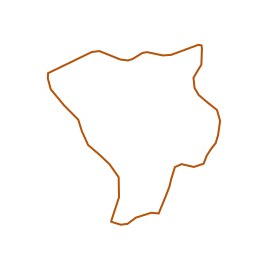 outline of Manufahi, rotated 192°
{"feature_id": "TLS-551", "entity_name": "Manufahi", "entity_type": "District", "adm_level": 1, "iso_a3": "TLS", "parent_name": "East Timor", "parent_adm1": "", "projection": "robinson", "projection_center": [125.762, -8.972], "detail": "fine", "context": "isolated", "style": "outline", "palette": "amber", "viewbox_px": 256, "rotation_deg": 192, "n_neighbors": 0, "source": "natural_earth", "source_scale": "10m", "svg_char_len": 737}
<svg xmlns="http://www.w3.org/2000/svg" viewBox="0 0 256 256"><g transform="rotate(192 128 128)"><path d="M217.6,165.0L179.2,194.8L172.1,197.3L149.6,193.4L142.0,194.1L137.7,196.6L129.4,204.5L124.9,206.2L109.1,206.2L101.0,208.5L76.5,224.0L73.3,224.1L72.2,221.1L69.4,205.1L72.2,197.4L74.4,190.7L71.2,180.9L65.6,174.9L56.1,169.8L44.7,164.1L39.4,154.1L38.4,139.7L39.1,131.4L42.2,125.3L45.3,117.1L46.6,108.8L55.5,103.6L68.1,103.8L74.0,99.5L75.1,87.2L75.3,79.2L77.0,68.5L80.1,51.6L80.2,50.8L87.7,49.9L101.6,42.0L108.5,34.2L114.9,31.9L124.9,32.8L125.0,34.0L122.4,58.4L126.9,77.9L138.6,88.8L150.3,95.9L163.5,103.1L172.5,115.3L178.4,125.8L195.2,136.8L211.7,149.9L216.7,159.8L217.6,165.0Z" fill="none" stroke="#b45309" stroke-width="2"/></g></svg>